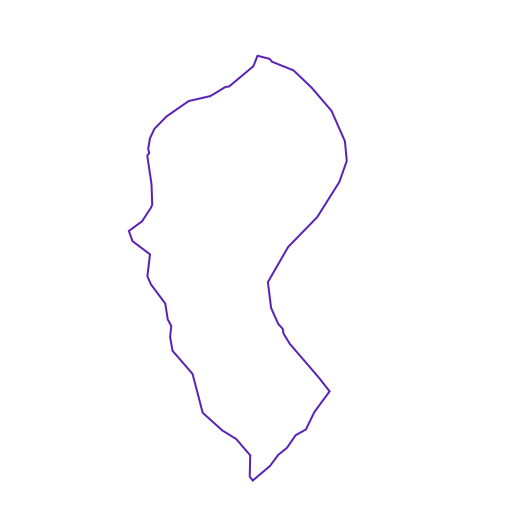 the district of Parramos, Sacatepéquez, Guatemala, rotated 137°
{"feature_id": "79465075B95275885163057", "entity_name": "Parramos", "entity_type": "district", "adm_level": 2, "iso_a3": "GTM", "parent_name": "Guatemala", "parent_adm1": "Sacatepéquez", "projection": "orthographic", "projection_center": [-90.819, 14.594], "detail": "fine", "context": "isolated", "style": "outline", "palette": "violet", "viewbox_px": 512, "rotation_deg": 137, "n_neighbors": 0, "source": "geoboundaries", "source_scale": "gbopen_adm2", "svg_char_len": 855}
<svg xmlns="http://www.w3.org/2000/svg" viewBox="0 0 512 512"><g transform="rotate(137 256 256)"><path d="M294.5,106.8L293.0,124.2L291.2,168.6L288.8,180.5L286.1,184.6L286.1,191.0L280.4,207.7L265.1,228.8L226.3,240.7L184.7,242.7L144.6,253.3L124.8,263.6L112.7,279.3L101.8,310.6L100.5,341.0L102.0,366.3L111.8,387.1L111.6,390.9L118.3,401.4L128.5,396.6L160.1,398.3L163.1,400.5L180.3,404.1L199.5,415.2L226.2,419.1L243.6,418.3L253.3,414.4L262.0,407.7L263.7,404.2L267.1,403.5L283.6,379.6L297.0,364.2L300.1,362.9L315.6,359.1L331.9,361.0L336.2,351.1L332.4,329.5L349.2,315.3L352.2,307.0L354.8,283.1L363.8,269.8L365.7,262.6L374.1,255.3L381.7,243.6L382.8,213.1L401.9,177.7L399.6,151.2L395.3,135.7L396.2,114.1L411.0,99.0L411.5,94.0L389.0,92.9L375.4,95.4L364.1,94.6L349.3,97.9L337.8,95.1L319.7,102.1L294.5,106.8Z" fill="none" stroke="#5b21b6" stroke-width="2"/></g></svg>